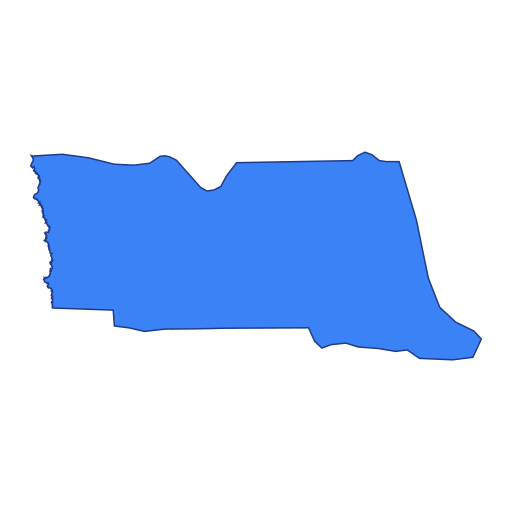 the district of Amada-Gaza, Mambéré-Kadéï, Central African Republic
{"feature_id": "33826404B6437617730206", "entity_name": "Amada-Gaza", "entity_type": "district", "adm_level": 2, "iso_a3": "CAF", "parent_name": "Central African Republic", "parent_adm1": "Mambéré-Kadéï", "projection": "albers", "projection_center": [14.714, 4.811], "detail": "fine", "context": "isolated", "style": "filled", "palette": "blue", "viewbox_px": 512, "rotation_deg": 0, "n_neighbors": 0, "source": "geoboundaries", "source_scale": "gbopen_adm2", "svg_char_len": 5491}
<svg xmlns="http://www.w3.org/2000/svg" viewBox="0 0 512 512"><path d="M321.9,348.1L331.1,344.6L345.9,343.1L358.3,347.0L378.5,348.5L395.8,351.4L407.2,349.9L419.5,358.4L452.6,359.8L472.9,357.3L481.3,339.0L473.9,331.0L455.6,322.1L439.7,307.3L428.3,278.0L416.4,220.1L399.1,161.6L386.2,161.6L379.3,160.6L371.9,154.7L365.0,152.2L357.6,155.7L352.7,160.6L236.6,162.7L226.7,175.6L220.8,186.5L213.9,190.0L207.0,191.0L200.6,187.5L176.4,160.2L169.5,156.8L165.0,155.8L160.1,156.3L149.7,163.2L133.9,165.2L114.1,164.2L88.5,157.8L62.3,154.3L34.5,155.9L33.9,156.4L31.3,155.6L32.2,157.0L33.3,159.4L33.2,160.6L31.7,163.4L30.7,165.9L31.6,167.0L32.0,167.1L31.9,167.2L32.3,167.5L32.6,167.3L32.7,167.6L32.9,167.3L33.3,167.2L33.4,167.4L33.8,167.5L33.9,167.2L34.1,167.5L34.2,167.3L34.7,168.6L34.4,168.8L34.3,169.5L34.0,169.7L33.9,170.1L34.1,170.0L34.2,170.3L33.8,170.4L33.9,170.6L34.1,170.7L34.0,170.9L34.3,171.0L34.5,171.5L35.2,172.0L35.3,172.0L35.4,171.7L35.5,171.7L35.8,172.3L35.6,172.5L35.9,172.4L35.9,172.6L35.5,172.7L35.5,173.1L35.9,173.2L35.8,173.4L36.2,173.5L36.2,173.3L36.5,173.4L36.6,174.0L36.9,174.1L37.2,173.7L37.3,174.1L37.8,174.3L37.8,174.6L38.0,174.9L38.2,175.2L38.4,175.0L39.2,175.7L39.0,176.1L39.1,176.4L38.6,176.5L38.5,176.9L38.2,177.1L38.6,177.3L38.5,177.5L38.4,177.8L38.6,177.9L38.5,178.3L39.1,178.4L39.0,178.6L39.5,178.5L39.4,179.0L39.7,179.1L39.9,179.5L39.7,180.2L40.0,180.3L39.9,180.6L40.2,180.5L40.4,180.7L40.2,180.9L40.3,181.1L40.1,181.2L40.1,181.4L39.9,181.3L39.9,181.9L39.8,182.1L40.0,182.5L39.9,183.2L40.0,183.7L39.7,183.6L39.6,183.9L39.3,184.0L39.1,184.8L37.9,188.1L38.7,189.9L38.3,190.8L38.5,191.8L37.7,192.2L37.2,193.2L35.0,194.4L34.1,195.6L33.4,197.4L34.1,198.4L34.3,198.4L34.7,198.2L34.7,198.7L35.1,198.6L35.4,199.0L36.0,199.2L36.3,199.1L36.8,199.6L37.2,199.2L37.3,199.5L37.1,199.7L37.5,199.8L37.5,200.0L37.7,200.6L38.2,200.8L38.9,201.9L38.7,202.1L38.9,202.2L39.4,202.0L39.2,202.4L39.5,202.6L39.5,202.8L39.2,203.0L39.5,203.0L39.3,203.3L39.6,203.8L40.0,203.9L39.8,204.3L40.0,204.2L39.9,204.4L40.2,204.3L40.0,204.7L40.7,204.5L40.9,204.9L40.7,205.2L41.2,205.3L41.3,205.5L41.1,205.8L41.3,205.9L41.3,206.1L42.5,206.4L42.4,206.8L42.1,206.7L41.9,206.9L41.7,206.7L41.6,206.9L42.0,207.1L41.8,207.6L42.0,207.8L42.3,207.8L42.5,208.4L42.4,208.6L42.8,208.7L43.1,208.9L42.9,209.6L43.1,210.0L42.9,210.1L43.1,210.2L43.1,210.5L42.6,210.6L42.5,210.9L42.7,211.2L42.8,211.0L42.9,211.3L42.4,211.4L43.4,212.3L43.3,212.5L43.0,212.5L43.0,213.0L42.6,213.1L43.3,214.3L43.5,214.4L43.3,214.6L43.3,215.0L43.2,215.3L43.4,215.4L43.7,215.3L44.2,215.7L43.9,216.1L43.2,216.4L43.0,217.0L43.6,217.1L43.5,217.4L44.1,217.8L44.2,218.3L44.7,218.7L45.4,219.0L45.3,219.4L46.1,219.8L45.6,220.0L46.0,220.2L45.8,220.4L45.8,220.7L45.6,220.8L45.9,221.1L45.9,221.6L45.7,221.9L46.1,222.2L45.7,222.7L46.3,222.6L46.0,222.9L46.3,223.4L46.6,223.6L46.9,224.2L47.7,224.5L47.7,225.4L48.1,225.6L47.8,225.9L48.3,226.2L48.8,226.1L49.2,226.7L49.1,227.2L49.5,226.9L49.5,227.4L49.9,227.6L50.0,227.8L49.6,228.2L49.7,228.5L49.3,229.7L49.4,230.0L48.7,230.2L49.1,230.6L48.7,230.8L48.6,232.3L48.3,232.4L48.0,232.2L47.2,232.1L45.6,232.2L45.3,232.4L45.7,232.8L45.4,233.3L45.7,233.4L45.6,233.8L45.9,233.7L45.9,234.1L45.6,234.0L46.3,234.8L46.2,235.2L46.4,235.4L46.2,235.6L46.5,235.9L46.2,236.1L46.6,236.4L46.6,236.8L46.5,237.2L46.2,237.4L46.4,237.6L46.1,237.6L46.0,238.0L46.3,238.4L46.3,238.8L46.1,239.0L45.8,238.7L45.8,239.1L45.3,239.3L45.1,239.9L44.8,240.1L45.1,240.3L44.6,240.5L44.8,240.6L45.2,240.4L45.0,240.9L45.3,241.1L45.3,241.5L45.6,241.4L45.7,241.0L46.1,241.2L47.2,241.7L47.2,242.1L48.2,242.5L47.9,242.8L47.9,243.3L48.7,244.2L48.5,244.4L48.8,245.0L48.6,245.3L49.0,245.4L48.9,245.6L48.6,245.5L48.1,245.8L48.3,246.3L49.0,246.7L49.3,246.8L49.2,247.2L48.8,247.3L48.7,247.1L48.6,247.3L48.7,248.0L48.9,248.2L49.0,249.5L49.6,249.3L50.1,252.6L50.5,253.6L51.8,253.5L51.5,253.9L51.1,255.3L50.8,255.6L51.1,256.0L51.2,256.5L51.9,257.6L52.1,258.6L51.9,259.0L51.8,260.0L52.6,260.0L52.7,260.6L52.3,260.8L52.4,261.3L52.2,261.5L51.0,261.5L50.3,261.9L50.1,262.4L50.5,262.5L50.8,262.8L50.2,262.8L50.2,263.1L50.6,263.0L51.0,263.2L50.8,263.4L50.4,263.4L50.6,263.9L51.0,264.1L50.6,264.4L50.7,264.6L51.2,264.6L51.5,264.9L51.9,266.5L52.2,266.6L52.4,268.1L52.3,268.4L51.0,268.4L50.9,269.0L50.4,268.8L50.3,270.4L51.2,270.4L51.4,270.6L51.2,271.2L50.5,271.1L50.0,271.3L50.3,273.0L50.0,273.5L50.2,273.9L49.8,274.4L49.8,275.3L49.0,275.9L48.9,276.6L48.6,276.6L48.2,277.1L47.5,277.1L47.0,277.5L46.6,277.5L46.8,277.9L46.6,278.0L46.4,277.9L46.4,277.4L45.2,277.5L45.3,277.9L44.9,278.2L44.6,278.0L44.8,278.5L44.3,278.5L43.6,279.5L44.0,280.0L44.6,281.9L46.9,282.8L47.0,283.6L47.8,283.4L48.0,283.0L48.3,283.1L48.3,283.6L48.6,284.2L47.3,286.2L47.4,286.5L47.8,286.6L47.6,286.9L47.8,287.1L47.9,287.5L48.6,287.9L49.4,287.7L50.5,288.3L50.9,288.3L51.0,288.8L51.5,289.0L52.1,289.8L51.7,290.3L52.0,290.6L51.6,290.9L51.3,290.8L51.2,290.9L51.6,291.1L51.8,291.6L52.2,291.5L52.6,291.8L52.6,292.6L51.8,293.4L51.7,294.8L51.9,295.3L51.5,295.4L51.7,295.6L51.6,296.0L52.0,296.2L52.2,296.5L52.5,296.5L51.7,297.7L52.0,297.9L51.7,298.4L52.4,298.3L52.7,298.5L52.5,298.9L52.5,299.6L52.8,300.5L52.0,301.2L51.8,301.8L52.1,301.9L52.1,302.4L51.7,302.5L51.9,302.7L52.3,302.7L52.6,302.8L52.0,303.6L52.1,303.8L52.5,303.6L52.1,304.1L52.2,304.4L52.8,305.2L52.6,305.7L52.2,306.1L52.9,307.3L52.8,307.6L52.6,307.4L52.4,307.5L52.7,308.0L113.2,310.1L114.4,326.0L129.3,327.9L144.5,331.4L165.0,329.1L197.0,328.8L225.4,328.2L308.6,327.8L314.6,341.2L321.9,348.1Z" fill="#3b82f6" stroke="#1e3a8a" stroke-width="1.5"/></svg>